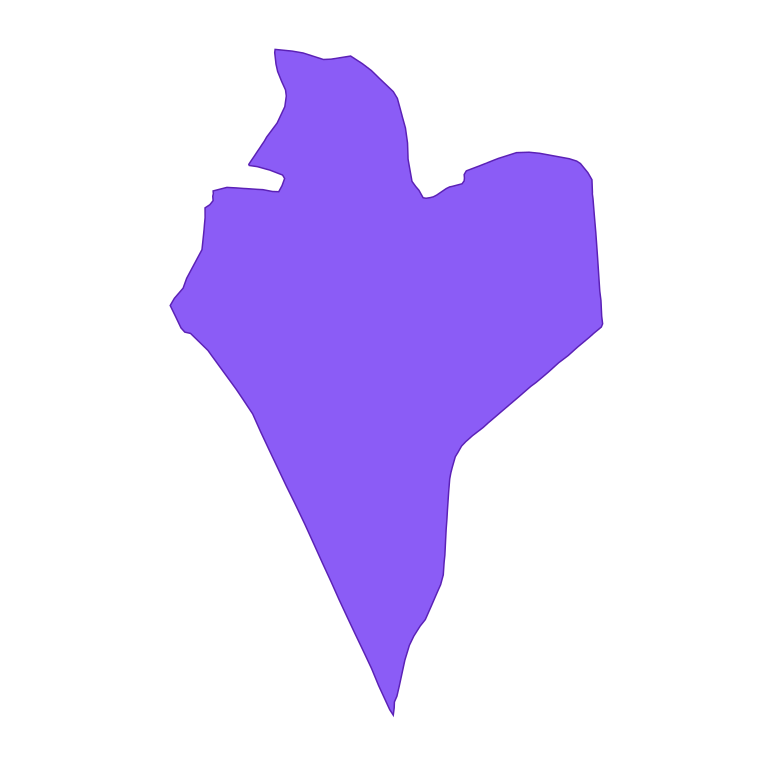 outline of Shahba, As Suwayda', Syria, rotated 92°
{"feature_id": "27442178B615257865565", "entity_name": "Shahba", "entity_type": "district", "adm_level": 2, "iso_a3": "SYR", "parent_name": "Syria", "parent_adm1": "As Suwayda'", "projection": "equal_earth", "projection_center": [36.676, 32.985], "detail": "fine", "context": "isolated", "style": "filled", "palette": "violet", "viewbox_px": 768, "rotation_deg": 92, "n_neighbors": 0, "source": "geoboundaries", "source_scale": "gbopen_adm2", "svg_char_len": 2600}
<svg xmlns="http://www.w3.org/2000/svg" viewBox="0 0 768 768"><g transform="rotate(92 384 384)"><path d="M210.5,179.4L205.4,180.0L191.5,181.6L186.8,182.4L186.1,182.4L185.1,182.4L172.6,183.3L165.7,187.6L156.9,195.3L154.5,199.2L152.4,206.7L148.0,236.5L147.3,247.1L148.1,258.8L148.1,259.5L151.4,268.7L154.6,277.7L155.0,278.6L156.5,282.1L163.2,297.4L163.3,297.7L168.0,308.9L168.3,309.3L171.9,311.2L175.4,310.8L178.2,311.0L181.2,313.0L184.2,323.0L184.7,325.2L186.5,328.6L193.4,338.0L195.2,341.2L196.1,344.3L196.9,348.4L196.7,349.9L196.5,351.4L192.9,353.6L189.2,355.8L185.5,359.2L180.5,363.1L159.9,367.5L159.4,367.6L159.2,367.6L158.9,367.7L158.6,367.8L155.3,368.0L142.3,368.9L127.4,371.5L115.7,375.2L114.9,375.4L113.3,375.9L112.0,376.3L110.4,376.8L110.0,376.9L98.1,380.6L91.5,384.9L88.2,388.6L78.8,399.2L71.3,407.4L64.7,416.7L57.4,428.8L61.2,448.2L61.8,455.9L56.0,476.4L54.5,487.4L53.4,504.5L56.6,504.8L68.1,503.1L75.4,501.2L85.1,496.9L93.5,492.7L99.6,491.7L110.3,492.8L126.9,499.9L141.3,509.9L145.7,512.2L149.0,514.3L152.3,516.3L155.6,518.4L161.0,521.7L165.9,524.8L169.2,526.8L170.3,526.3L171.2,518.2L171.8,515.7L172.4,513.2L173.3,509.5L174.2,505.6L178.7,492.7L179.1,492.4L182.1,490.5L189.3,492.8L195.5,495.9L195.5,502.2L194.0,511.8L193.9,517.5L193.7,523.2L193.5,528.9L193.5,530.7L193.2,538.0L193.1,543.0L193.0,547.9L197.0,561.5L198.3,561.4L199.7,561.2L202.3,561.7L206.7,561.2L210.9,564.3L214.2,569.0L221.6,568.7L224.1,568.6L227.6,568.8L231.0,569.0L233.2,569.1L235.6,569.2L240.2,569.5L256.1,570.6L263.4,574.2L285.2,584.9L295.2,588.1L305.7,596.5L313.0,600.4L313.4,600.2L324.7,594.2L335.1,588.8L339.1,584.9L340.2,579.1L356.6,561.1L361.8,557.1L371.5,549.5L393.8,532.0L395.0,531.1L403.4,525.0L418.5,514.2L436.3,505.5L454.6,496.1L489.5,478.0L506.2,469.0L527.1,458.1L545.8,448.8L565.2,439.2L583.4,430.0L600.8,421.5L617.5,413.0L634.4,404.3L653.2,394.5L669.0,386.4L685.5,378.9L709.3,366.9L714.3,363.4L714.6,363.2L708.4,362.6L707.1,362.5L706.0,362.5L701.4,362.5L695.6,360.2L685.9,358.3L659.2,353.5L644.2,349.5L634.9,345.4L624.6,339.4L618.0,334.5L604.3,329.0L589.0,323.0L585.8,321.7L582.6,320.4L572.7,318.1L560.2,317.7L553.1,317.2L539.0,317.0L526.9,316.8L516.9,316.4L507.9,316.2L489.3,315.6L476.5,315.0L470.5,314.1L464.6,312.8L454.2,310.2L449.4,307.5L448.6,307.1L443.3,304.3L438.8,300.3L432.5,293.7L424.0,283.4L419.3,278.6L407.4,265.6L400.7,258.3L392.5,249.3L381.3,237.3L377.0,231.9L366.5,220.3L356.6,210.1L349.1,200.9L340.6,192.1L330.3,180.6L325.9,176.0L319.5,168.8L316.2,167.6L308.7,168.8L292.9,170.1L283.6,171.6L249.8,175.0L225.4,177.6L210.5,179.4Z" fill="#8b5cf6" stroke="#5b21b6" stroke-width="1.5"/></g></svg>